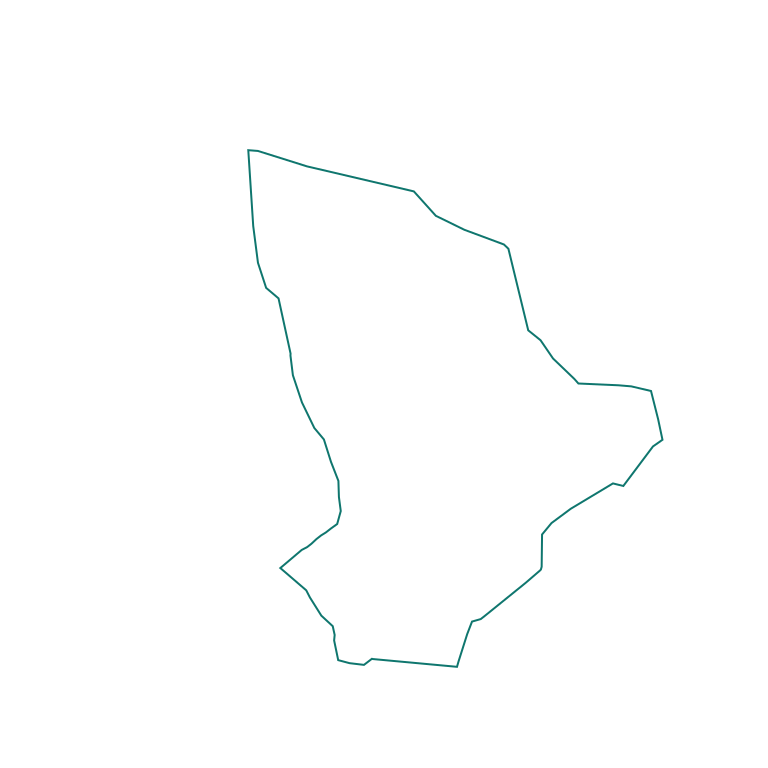 the district of Gokana, Rivers, Nigeria, rotated 142°
{"feature_id": "59680162B60219664923389", "entity_name": "Gokana", "entity_type": "district", "adm_level": 2, "iso_a3": "NGA", "parent_name": "Nigeria", "parent_adm1": "Rivers", "projection": "natural_earth1", "projection_center": [7.302, 4.635], "detail": "fine", "context": "isolated", "style": "outline", "palette": "teal", "viewbox_px": 768, "rotation_deg": 142, "n_neighbors": 0, "source": "geoboundaries", "source_scale": "gbopen_adm2", "svg_char_len": 994}
<svg xmlns="http://www.w3.org/2000/svg" viewBox="0 0 768 768"><g transform="rotate(142 384 384)"><path d="M417.7,532.3L414.4,516.4L438.9,465.5L440.2,464.0L450.4,447.0L460.0,420.0L466.0,392.2L465.5,377.3L473.7,355.3L479.6,335.7L489.1,322.7L496.3,310.5L507.1,302.5L514.8,302.8L521.2,302.8L526.7,303.4L532.6,303.4L539.5,302.8L545.0,302.8L551.0,303.9L579.0,302.8L572.3,269.3L573.8,261.4L576.0,240.0L573.5,224.7L577.4,216.6L581.2,212.6L590.1,194.6L583.0,185.2L572.7,175.0L562.7,174.9L562.2,174.2L500.6,116.2L495.9,119.6L472.4,135.7L460.9,142.6L452.5,139.2L447.8,139.2L394.8,140.1L375.8,141.0L374.6,141.2L372.3,142.9L352.1,168.1L337.6,171.3L313.6,170.7L264.8,164.7L258.2,156.3L210.5,169.2L198.9,168.6L189.7,187.4L177.9,214.1L190.6,229.9L200.1,238.7L230.5,264.7L230.9,270.9L235.1,300.0L233.7,322.1L237.3,337.5L202.7,414.0L203.6,420.1L225.7,456.0L239.6,484.6L241.9,517.4L310.7,602.9L339.9,645.3L347.0,651.8L389.8,589.0L408.7,557.1L417.7,532.3Z" fill="none" stroke="#0f766e" stroke-width="2"/></g></svg>